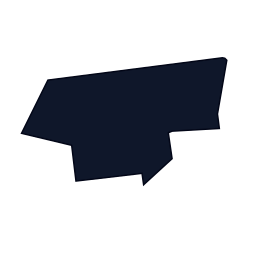 outline of Fada, Ennedi, Chad, rotated 263°
{"feature_id": "50815135B99861554638026", "entity_name": "Fada", "entity_type": "district", "adm_level": 2, "iso_a3": "TCD", "parent_name": "Chad", "parent_adm1": "Ennedi", "projection": "equal_earth", "projection_center": [20.845, 18.83], "detail": "fine", "context": "isolated", "style": "filled", "palette": "ink", "viewbox_px": 256, "rotation_deg": 263, "n_neighbors": 0, "source": "geoboundaries", "source_scale": "gbopen_adm2", "svg_char_len": 377}
<svg xmlns="http://www.w3.org/2000/svg" viewBox="0 0 256 256"><g transform="rotate(263 128 128)"><path d="M116.4,218.6L131.0,218.5L183.2,234.3L185.4,232.6L186.2,230.3L185.3,54.4L185.2,54.3L135.7,21.7L117.7,70.0L81.7,69.9L81.3,136.4L69.8,136.6L88.0,162.1L92.2,168.0L118.4,167.4L119.5,171.5L116.4,218.6L116.4,218.6Z" fill="#0f172a" stroke="#020617" stroke-width="1.5"/></g></svg>